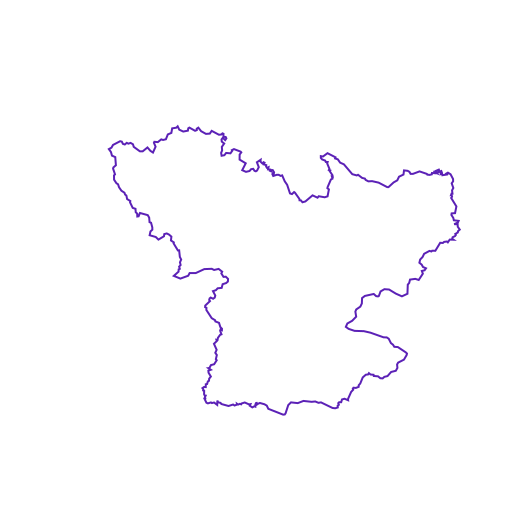 Kyaukme, Shan, Myanmar (Natural Earth projection), rotated 294°
{"feature_id": "60261553B11251200769941", "entity_name": "Kyaukme", "entity_type": "district", "adm_level": 2, "iso_a3": "MMR", "parent_name": "Myanmar", "parent_adm1": "Shan", "projection": "natural_earth1", "projection_center": [97.145, 22.817], "detail": "fine", "context": "isolated", "style": "outline", "palette": "violet", "viewbox_px": 512, "rotation_deg": 294, "n_neighbors": 0, "source": "geoboundaries", "source_scale": "gbopen_adm2", "svg_char_len": 6143}
<svg xmlns="http://www.w3.org/2000/svg" viewBox="0 0 512 512"><g transform="rotate(294 256 256)"><path d="M293.8,78.1L292.0,81.2L289.1,83.6L289.1,87.2L281.9,91.1L278.9,89.7L277.7,89.9L273.2,94.0L271.9,93.5L268.0,95.3L265.7,98.9L265.4,100.8L263.1,102.9L260.9,106.5L260.3,110.1L258.9,111.4L258.5,113.0L255.6,115.1L255.1,118.8L253.8,119.1L249.8,123.8L250.1,126.7L247.1,128.3L246.4,130.2L243.8,131.5L244.5,132.6L248.1,132.5L249.3,140.5L247.6,142.8L243.6,145.0L243.7,146.6L240.0,149.6L237.9,150.6L235.5,149.6L231.7,150.4L232.6,156.7L231.3,160.2L236.6,163.9L238.7,163.3L240.3,165.3L240.2,167.8L239.3,170.8L235.6,172.0L235.0,175.4L234.0,175.6L229.3,182.4L229.9,183.5L224.2,186.8L222.3,189.1L219.3,189.1L217.1,190.8L215.0,190.1L213.3,191.6L212.3,190.8L210.2,191.6L204.4,189.0L204.6,196.1L210.4,202.1L213.4,202.3L215.9,207.9L223.0,214.1L226.3,220.8L226.2,223.4L229.0,227.1L227.9,231.5L226.0,231.4L223.7,234.8L224.8,236.8L223.7,239.8L221.2,240.7L219.1,239.7L216.7,237.0L212.9,237.6L210.9,234.1L208.5,233.3L206.4,231.0L203.3,234.9L201.2,235.2L199.5,234.2L199.6,231.5L198.4,230.9L196.8,231.1L196.1,232.3L190.1,229.8L188.6,230.3L188.5,231.8L186.5,232.6L181.2,240.8L180.7,244.7L179.7,245.5L179.9,249.4L176.6,252.3L175.7,254.5L174.4,255.0L174.5,253.5L173.2,253.6L170.4,256.3L169.5,255.3L165.8,254.5L163.7,255.0L163.4,253.9L162.4,254.8L158.7,253.3L154.3,258.2L151.0,258.2L149.6,260.5L145.4,261.3L144.8,262.5L140.1,261.8L138.0,259.2L134.8,259.0L134.2,258.1L133.7,261.0L131.9,259.1L130.1,260.1L127.5,263.8L124.9,263.1L122.9,263.8L121.8,263.0L119.2,263.4L118.4,262.3L115.8,263.4L115.2,261.8L113.5,260.8L112.7,262.2L111.7,262.4L111.7,263.5L108.6,264.8L107.6,266.0L107.9,266.8L104.9,266.8L105.1,267.7L103.8,268.0L101.8,270.4L101.8,272.0L103.9,274.4L103.7,275.5L105.1,277.3L104.2,281.1L108.2,279.5L106.9,281.0L107.4,283.3L106.7,284.6L107.8,291.9L111.0,295.5L110.7,297.2L112.5,299.1L113.3,298.6L113.0,300.1L114.3,301.3L114.5,302.8L115.4,302.8L117.6,305.3L117.6,310.0L118.4,311.2L116.7,311.2L116.2,314.2L118.0,315.6L118.1,316.7L119.1,316.3L120.4,317.1L120.5,315.8L121.8,315.9L122.1,316.4L121.1,317.3L123.3,319.3L124.0,324.0L123.7,326.7L121.4,329.4L122.1,345.3L122.9,346.7L124.3,347.0L132.9,346.1L136.5,347.5L138.6,354.0L142.9,358.3L145.4,366.1L147.2,369.3L147.3,372.8L148.7,374.9L148.3,387.7L149.1,390.3L150.9,392.3L152.5,391.5L153.8,392.2L155.0,391.0L156.2,391.4L157.1,393.3L159.9,392.9L161.6,394.9L161.7,398.8L162.7,398.2L170.6,398.2L173.4,399.2L174.1,398.4L175.3,398.6L176.1,400.9L178.2,403.0L179.7,402.4L181.9,403.1L188.5,402.9L192.2,404.6L193.4,406.6L194.9,406.8L194.3,408.8L195.3,411.7L194.3,412.4L195.7,416.4L194.9,419.3L195.7,421.5L197.8,422.4L199.8,425.0L205.0,426.6L208.0,430.4L211.3,430.7L214.3,429.0L216.4,429.2L221.5,433.3L226.8,433.9L228.3,433.6L228.9,432.0L230.5,422.6L229.3,419.3L230.7,417.2L231.3,414.7L234.4,410.9L234.8,408.5L233.6,405.7L232.5,391.7L231.2,385.1L227.7,376.5L227.1,370.3L227.8,366.9L231.5,366.9L235.9,370.2L241.3,372.2L245.6,369.4L247.9,369.3L252.2,371.9L255.7,372.0L260.7,370.0L263.8,371.7L269.2,379.0L268.2,382.1L268.7,383.9L269.5,384.5L274.3,384.2L277.9,386.8L279.5,391.2L278.5,399.1L278.5,405.7L283.1,409.7L291.6,406.3L293.7,406.9L297.1,406.3L299.9,410.8L300.3,414.4L307.7,415.6L309.8,413.6L311.5,415.8L313.9,416.3L313.9,413.0L315.5,410.9L316.3,408.0L319.5,407.4L322.9,408.6L326.4,408.7L331.2,412.4L331.5,414.4L332.5,414.8L333.7,417.7L343.0,418.9L343.9,421.4L345.4,422.1L346.9,424.5L346.5,425.7L349.8,426.3L351.2,429.8L351.5,428.2L353.1,428.0L355.1,429.7L356.5,430.0L357.2,429.1L359.6,430.8L360.7,430.4L363.0,431.4L364.8,428.4L367.0,427.3L365.7,424.1L368.7,426.8L370.5,426.8L369.1,422.2L371.0,420.8L373.0,417.8L374.5,417.4L376.1,420.4L382.8,418.9L388.4,410.7L389.9,411.0L391.3,409.9L391.0,409.4L392.5,409.3L392.9,410.1L395.7,408.4L398.4,408.6L402.0,405.2L404.4,405.7L406.5,404.7L409.8,400.5L410.2,397.4L409.1,396.6L409.1,397.5L408.3,397.6L405.6,393.4L406.9,392.5L405.9,391.4L407.4,390.9L408.1,391.6L409.0,390.7L406.9,388.8L407.8,387.7L408.6,388.6L409.3,387.9L406.7,385.5L405.2,387.8L405.1,385.1L404.4,385.8L403.4,383.0L402.1,383.4L400.7,381.6L400.0,379.4L400.5,378.7L399.8,371.0L394.9,366.0L393.9,363.8L395.3,361.9L395.5,359.9L394.4,356.4L390.4,357.6L386.6,354.4L382.6,354.3L379.2,351.8L372.8,349.0L372.3,347.8L372.9,338.2L371.6,331.6L369.9,328.3L370.1,325.2L371.0,324.0L370.5,321.2L371.7,316.2L370.6,315.3L369.9,310.7L375.5,299.0L375.5,294.9L377.6,291.4L377.3,288.6L378.5,288.5L379.0,279.5L374.1,276.7L373.6,274.6L372.0,275.3L371.1,277.1L371.3,280.4L370.3,281.5L371.0,283.2L369.5,283.4L365.4,287.7L364.2,287.6L364.3,288.9L363.6,288.7L360.9,293.0L359.7,293.8L359.5,293.0L357.8,294.4L356.3,293.3L348.1,293.4L347.0,293.6L346.5,295.5L339.6,297.1L337.6,294.9L336.1,289.0L334.3,288.5L334.4,283.0L325.9,278.9L324.0,276.6L325.1,274.3L324.6,273.1L325.8,272.4L329.7,265.8L329.9,264.8L327.2,263.7L327.0,261.6L333.7,255.5L335.9,251.9L340.3,247.1L339.2,245.9L339.4,243.7L338.6,241.9L336.1,239.2L337.5,237.6L338.5,237.7L338.2,238.8L339.8,238.5L341.3,236.3L340.9,235.4L339.5,235.5L339.5,234.0L340.7,233.7L340.0,231.8L342.2,231.3L341.0,230.2L341.9,228.8L343.2,228.4L342.8,225.7L344.7,225.8L344.7,224.8L343.6,224.9L343.2,223.9L344.1,221.6L345.8,221.1L342.0,218.7L338.3,222.4L334.5,222.2L333.3,221.4L333.2,220.0L334.5,218.0L333.3,216.2L331.0,215.5L328.8,212.6L328.8,208.5L336.5,208.9L337.4,201.8L342.0,199.8L344.7,200.4L345.1,199.5L344.7,192.4L342.9,190.9L342.4,191.5L339.4,190.9L338.0,186.8L335.2,186.1L333.6,183.8L336.0,182.2L338.7,182.1L341.8,180.4L345.8,181.2L346.6,178.2L348.5,177.1L350.5,177.6L349.3,180.7L351.4,181.1L352.4,179.9L351.7,177.7L354.4,176.6L354.4,175.5L352.9,174.9L351.7,172.8L352.3,164.6L349.0,164.0L347.2,160.6L347.7,155.1L349.8,151.1L348.2,150.1L346.9,150.7L345.6,149.4L346.2,142.9L345.1,142.2L342.8,142.8L340.1,138.9L340.2,134.5L342.6,131.7L340.8,131.0L338.5,127.5L334.0,128.6L331.2,126.0L326.0,126.2L324.2,123.9L324.0,122.0L320.1,120.0L319.0,116.7L317.9,116.7L315.0,119.8L308.6,119.8L309.1,116.8L311.0,112.7L305.5,109.9L304.4,107.3L306.0,99.9L308.0,98.2L308.3,95.4L306.7,93.7L306.8,91.9L304.5,90.8L304.3,88.8L305.9,86.9L305.6,85.2L299.3,80.2L296.2,79.9L293.8,78.1Z" fill="none" stroke="#5b21b6" stroke-width="2"/></g></svg>